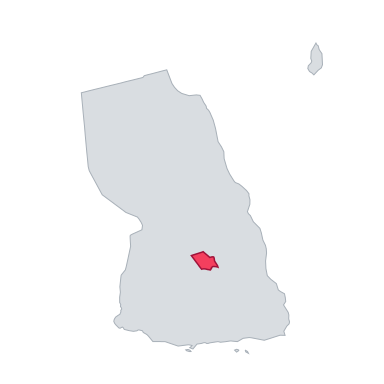 location of Osaylan, Shabwah, Yemen, rotated 275°
{"feature_id": "15242507B14507855055596", "entity_name": "Osaylan", "entity_type": "district", "adm_level": 2, "iso_a3": "YEM", "parent_name": "Yemen", "parent_adm1": "Shabwah", "projection": "equal_earth", "projection_center": [45.859, 15.121], "detail": "fine", "context": "in_parent", "style": "filled", "palette": "rose", "viewbox_px": 384, "rotation_deg": 275, "n_neighbors": 0, "source": "geoboundaries", "source_scale": "gbopen_adm2", "svg_char_len": 3925}
<svg xmlns="http://www.w3.org/2000/svg" viewBox="0 0 384 384"><g transform="rotate(275 192 192)"><path d="M311.5,156.2L298.3,162.6L294.8,165.4L291.6,168.9L289.3,173.2L287.7,180.8L289.1,187.8L289.0,191.6L285.5,194.0L282.3,195.8L278.8,198.6L276.6,199.2L274.9,201.4L272.8,202.9L265.4,206.9L257.3,209.9L244.4,213.6L239.4,217.5L234.9,220.2L228.0,221.1L218.5,224.8L213.2,227.9L206.7,232.8L205.2,234.3L204.1,238.0L202.1,241.1L198.2,246.2L195.2,248.9L193.2,249.0L189.4,250.4L184.8,250.7L177.2,248.9L175.2,250.2L173.6,252.2L167.7,255.7L161.7,262.8L157.4,264.6L150.3,266.8L145.3,269.8L142.0,270.9L137.7,271.6L129.7,271.3L122.2,272.3L115.2,274.3L111.9,278.1L108.1,284.0L102.0,286.5L100.6,288.7L98.7,293.0L94.7,294.2L91.1,294.9L87.5,293.0L80.5,298.3L77.9,299.2L74.0,299.4L71.1,300.5L69.1,300.2L66.6,298.1L61.3,295.6L57.3,297.2L57.0,292.2L50.6,276.9L52.0,263.5L52.0,261.6L50.7,255.7L46.9,250.3L47.0,243.4L45.8,238.4L44.8,233.4L45.1,232.0L45.2,230.8L43.3,223.0L42.6,221.4L42.4,219.8L43.0,218.6L43.0,217.1L42.0,214.7L40.9,210.2L35.7,206.6L36.7,203.3L37.8,204.5L39.1,205.4L39.4,203.3L39.5,201.7L37.3,191.6L40.6,178.2L39.6,166.1L44.6,161.2L45.9,159.7L46.6,158.4L47.8,155.7L49.4,154.8L49.9,151.9L49.9,150.4L48.9,149.2L48.1,145.8L48.4,141.5L48.7,139.7L49.2,136.5L50.9,135.3L51.4,134.3L50.0,132.2L50.2,131.0L53.1,127.6L54.3,126.5L56.2,125.4L57.7,125.5L59.4,126.1L60.9,127.0L62.4,128.8L63.9,130.8L66.3,131.6L68.0,131.4L69.3,132.2L70.4,131.8L71.7,130.7L73.8,130.8L75.6,129.6L80.9,129.1L85.9,129.4L91.2,128.4L96.5,128.5L101.8,128.6L103.0,128.7L104.1,129.4L108.6,132.4L112.0,133.0L118.8,133.9L126.1,134.8L132.5,135.6L137.8,134.8L142.3,134.2L143.5,134.3L144.8,136.2L147.5,141.0L150.0,145.4L154.5,145.6L157.3,144.0L160.4,141.6L162.3,139.8L164.5,132.5L165.9,127.9L169.2,122.6L171.9,118.2L175.5,112.4L177.5,109.1L181.4,102.8L185.2,100.3L192.5,95.5L199.6,90.8L204.2,87.8L208.2,86.4L214.8,85.2L222.6,83.7L230.4,82.3L238.7,80.8L248.0,79.2L254.3,78.0L262.4,76.5L269.1,75.3L275.1,74.2L281.2,73.1L282.4,76.6L283.7,80.2L284.9,83.7L286.1,87.2L287.3,90.8L288.5,94.3L289.7,97.8L290.9,101.3L292.1,104.9L293.3,108.4L294.5,112.0L295.8,115.5L297.0,119.0L298.2,122.6L299.4,126.1L300.6,129.6L301.8,133.1L303.7,134.3L304.9,137.5L306.5,142.2L308.2,146.9L309.9,151.6L311.5,156.2ZM331.2,299.5L332.9,299.9L335.4,298.7L342.5,298.5L351.2,302.5L349.6,303.5L348.6,305.0L344.9,306.3L341.1,309.4L330.2,310.9L326.9,310.0L324.3,307.1L319.3,303.2L321.3,300.7L321.7,299.6L322.4,298.5L325.1,296.6L327.9,296.9L331.2,299.5ZM38.9,251.7L38.5,252.4L38.0,252.3L36.4,250.4L38.2,248.2L39.2,250.2L38.9,251.7ZM33.9,204.1L33.0,204.9L32.8,203.5L33.4,200.4L34.2,199.5L34.8,201.8L34.4,203.1L33.9,204.1ZM38.0,261.2L36.2,262.3L37.4,259.5L38.7,258.9L39.0,259.0L38.0,261.2Z" fill="#d9dde1" stroke="#a8b0b8" stroke-width="1"/><path d="M133.5,208.3L133.0,207.4L129.4,198.7L128.6,196.9L124.0,201.0L122.3,202.5L119.8,204.8L118.8,205.6L115.9,208.3L116.0,208.5L116.2,209.1L116.3,209.4L116.3,209.6L116.4,210.0L116.5,210.5L116.5,210.8L116.5,211.1L116.5,211.4L116.5,211.7L116.5,212.0L116.5,212.3L116.4,212.6L116.4,212.9L116.3,213.2L116.3,213.5L116.2,213.8L116.2,214.0L116.2,214.3L116.1,214.6L116.1,214.9L116.1,215.3L116.1,215.6L116.1,215.9L116.0,216.2L116.0,216.5L115.9,216.8L115.9,217.1L116.2,217.3L116.4,217.4L116.6,217.5L116.8,217.6L117.0,217.6L117.4,217.9L117.5,218.0L117.7,217.9L117.8,217.8L118.2,218.1L118.4,218.2L118.6,218.4L118.8,218.5L119.0,218.6L119.4,218.9L119.5,219.2L119.5,219.4L119.6,219.7L119.7,220.0L119.7,220.3L119.7,220.6L119.7,220.9L119.7,221.2L119.7,221.4L119.7,221.5L119.7,221.8L119.7,222.1L119.7,222.4L119.7,222.7L119.6,223.0L119.6,223.3L119.6,223.5L119.5,223.8L119.5,224.1L119.4,224.4L120.9,223.8L125.2,220.5L127.7,219.9L128.4,219.7L129.2,219.2L129.2,217.9L128.8,216.5L128.3,215.5L128.4,215.3L128.6,215.1L128.8,214.9L128.9,214.7L129.0,214.5L129.2,214.3L129.3,214.0L129.5,213.9L129.6,213.7L129.8,213.5L132.6,209.5L133.5,208.3Z" fill="#f43f5e" stroke="#9f1239" stroke-width="1.5"/></g></svg>